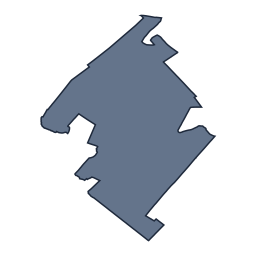 Tamadau Mare, Calarasi, Romania (Natural Earth projection)
{"feature_id": "2599482B39728516719627", "entity_name": "Tamadau Mare", "entity_type": "district", "adm_level": 2, "iso_a3": "ROU", "parent_name": "Romania", "parent_adm1": "Calarasi", "projection": "natural_earth1", "projection_center": [26.573, 44.474], "detail": "fine", "context": "isolated", "style": "filled", "palette": "slate", "viewbox_px": 256, "rotation_deg": 0, "n_neighbors": 0, "source": "geoboundaries", "source_scale": "gbopen_adm2", "svg_char_len": 5285}
<svg xmlns="http://www.w3.org/2000/svg" viewBox="0 0 256 256"><path d="M158.3,35.6L158.1,35.6L157.7,35.3L157.4,35.1L157.2,35.1L156.8,35.2L154.0,36.7L152.5,37.6L152.3,37.7L150.9,39.6L150.6,40.0L150.6,40.5L151.3,41.2L154.3,44.7L153.7,44.9L151.7,45.1L146.8,44.8L146.2,44.6L145.7,44.4L143.2,43.1L142.4,42.2L142.2,41.9L141.8,41.7L142.0,41.3L143.1,39.5L143.9,38.1L144.8,36.9L146.0,35.7L148.6,32.4L150.1,30.7L151.8,29.3L153.3,28.2L157.5,24.4L158.4,23.2L159.0,22.5L160.4,21.3L160.8,20.4L161.1,19.1L161.5,17.9L158.0,17.5L156.1,17.3L155.4,17.4L154.3,17.3L153.4,17.1L151.2,16.7L150.1,16.5L145.9,15.8L143.4,15.5L141.1,15.4L140.8,15.5L141.1,15.6L141.6,16.0L141.9,16.4L142.5,17.0L143.4,18.0L142.3,19.1L138.3,22.9L135.7,25.4L130.1,30.2L109.5,47.9L100.1,55.3L92.0,61.6L88.0,64.6L87.6,64.9L89.3,67.0L84.4,70.6L71.8,79.9L70.5,81.3L67.7,84.9L65.9,87.2L60.2,94.4L55.8,99.9L55.0,100.9L53.9,102.2L53.7,102.5L52.7,103.6L52.4,104.0L51.8,104.7L51.6,105.1L51.2,105.5L50.5,106.4L50.1,106.8L48.9,108.3L48.6,108.9L47.9,109.6L47.3,109.4L46.6,110.5L45.6,112.4L44.1,114.9L43.5,116.0L43.1,116.8L42.1,116.7L41.9,116.9L41.6,117.1L41.5,117.3L41.3,117.5L41.2,117.8L41.2,118.0L41.3,118.1L41.3,118.3L41.2,118.5L41.1,118.8L41.1,119.0L41.1,119.6L41.1,120.0L41.1,120.3L41.2,120.7L41.2,121.0L41.1,121.5L41.2,121.8L41.2,122.0L41.3,122.4L41.4,122.5L41.5,122.6L41.5,122.8L41.5,123.0L41.3,123.3L41.3,123.5L41.2,124.0L41.3,124.3L41.4,124.5L41.6,124.7L41.7,125.0L41.8,125.1L41.9,125.3L42.1,125.8L42.1,126.0L42.4,126.3L42.5,126.4L42.6,126.5L42.8,126.7L43.1,126.9L43.4,127.2L43.8,127.5L44.0,127.8L44.3,127.9L44.4,128.1L44.5,128.1L44.8,128.1L45.0,128.1L45.3,128.3L45.7,128.4L45.8,128.5L46.0,128.6L46.3,128.7L46.5,128.7L46.6,128.8L47.0,129.0L47.3,129.1L47.6,129.1L47.9,129.2L48.2,129.4L48.4,129.6L48.8,129.7L49.1,129.8L49.3,129.8L49.6,129.9L49.8,130.0L50.1,130.0L50.3,130.2L50.6,130.4L51.0,130.5L51.1,130.8L51.4,130.9L51.5,130.9L51.8,130.8L52.0,130.8L52.4,131.1L52.5,131.2L52.8,131.3L53.3,131.5L53.7,131.8L54.2,132.1L54.9,132.3L55.2,132.4L55.8,132.4L56.1,132.3L56.6,131.5L58.8,132.6L61.5,133.0L62.2,133.0L63.1,132.9L64.4,132.5L65.3,132.3L65.9,132.3L66.1,132.3L66.5,132.6L67.3,133.2L67.7,133.5L68.6,132.0L68.8,131.7L68.9,131.3L69.1,130.7L69.3,129.9L69.5,129.0L69.5,128.3L69.5,128.0L69.5,127.4L69.3,127.1L68.9,126.9L68.3,126.7L67.9,126.4L67.8,126.2L68.3,125.4L72.4,120.8L73.7,119.3L75.1,117.9L76.0,116.9L76.7,116.1L77.2,115.5L77.5,115.2L78.8,113.8L82.0,116.0L87.7,119.8L95.4,124.7L87.6,142.9L90.1,143.8L95.7,145.6L96.4,145.9L97.1,146.2L97.7,146.7L97.4,147.3L97.2,147.7L96.6,148.4L96.3,148.9L96.5,149.0L96.8,149.5L96.6,150.3L96.5,150.7L96.5,150.9L96.5,151.1L97.1,151.7L97.3,152.3L95.7,154.8L95.1,155.5L94.2,156.2L93.6,156.6L92.8,157.1L91.0,157.7L90.0,157.9L89.1,158.0L87.0,160.3L86.1,161.3L85.3,162.2L83.8,163.8L83.2,164.5L82.1,165.8L81.0,167.2L80.2,168.1L78.9,169.7L78.4,170.3L75.2,173.6L75.0,173.9L75.0,174.1L75.0,174.3L75.2,174.6L75.8,175.4L76.6,175.5L78.1,176.5L78.7,176.8L79.3,177.4L79.5,177.7L79.5,177.8L79.6,178.0L79.6,178.7L80.0,178.8L81.4,179.1L82.5,179.3L83.6,179.7L84.7,180.3L85.4,179.6L86.7,178.7L87.2,179.3L87.3,179.4L88.0,179.0L88.7,178.7L89.3,178.4L89.5,178.3L90.1,178.1L90.6,177.9L90.9,177.7L91.3,177.5L91.8,177.1L92.4,177.3L93.2,177.5L94.0,177.8L96.0,178.8L99.8,180.6L98.7,181.6L95.6,184.6L91.3,188.7L88.1,191.4L88.2,192.2L88.2,192.3L88.3,192.6L88.3,193.3L88.4,193.5L88.7,193.7L89.4,194.4L89.6,194.6L91.0,196.2L91.8,196.7L92.7,197.3L93.5,197.7L93.7,197.8L93.8,197.8L102.9,204.9L106.0,207.3L109.1,209.8L115.9,215.1L133.4,228.8L141.6,235.2L144.0,237.1L147.9,240.2L148.6,240.6L149.2,240.0L149.4,239.8L150.2,238.9L154.4,234.7L155.1,233.9L155.5,233.5L156.3,232.7L161.5,227.4L163.9,225.0L156.1,219.0L154.2,220.9L145.6,215.8L150.0,210.2L150.6,209.5L151.8,208.1L154.6,204.7L155.7,203.6L162.9,195.0L164.2,193.5L165.2,192.4L166.4,191.1L167.1,190.2L168.3,188.8L169.5,187.5L170.8,186.0L172.6,184.2L174.5,182.4L177.6,178.9L182.3,173.4L184.3,171.2L189.0,165.8L192.4,161.7L195.9,157.6L196.0,157.7L196.3,157.2L198.4,154.8L201.3,151.6L204.0,148.6L208.0,144.0L210.1,141.6L211.6,140.0L214.9,136.2L213.5,135.9L212.2,135.3L210.5,134.5L209.7,134.0L209.3,133.6L207.5,131.5L206.5,130.4L206.2,130.0L206.1,129.8L206.0,129.6L206.0,129.1L206.0,128.9L205.6,128.2L205.4,128.1L204.9,127.8L204.6,127.5L203.4,126.9L203.2,126.5L202.9,126.2L202.4,126.0L201.0,126.0L199.5,125.8L198.4,126.0L197.5,126.7L196.8,127.1L195.9,127.5L194.0,128.4L193.4,128.7L192.8,129.0L192.1,129.3L191.3,129.6L190.9,129.7L190.1,129.9L189.2,130.0L186.9,130.5L184.7,131.1L183.0,131.6L181.9,132.1L180.6,132.5L179.9,132.6L179.0,132.4L178.3,131.8L178.0,131.0L178.0,130.3L178.1,130.0L180.1,126.3L181.1,124.7L181.5,123.8L182.2,122.4L182.6,121.7L183.8,119.6L185.6,116.3L186.3,114.9L187.3,113.1L188.4,111.1L189.2,109.5L190.1,108.0L190.4,107.6L190.5,107.5L190.7,107.4L192.4,107.2L196.3,107.1L201.5,107.1L201.0,106.4L196.1,99.8L194.3,97.4L196.2,96.3L196.0,96.1L195.1,95.3L194.1,94.1L192.1,92.1L191.2,91.3L190.1,90.1L186.3,86.0L183.6,83.1L179.4,78.7L178.5,77.7L176.3,75.5L175.4,74.5L172.8,71.8L170.5,69.4L167.6,66.3L164.4,63.1L163.7,62.3L163.4,62.0L163.5,61.9L167.6,59.2L173.1,55.5L177.6,52.5L177.6,52.2L175.8,51.0L170.8,47.4L167.8,45.0L166.2,43.5L164.6,41.6L162.2,39.1L161.6,38.2L161.0,37.6L160.6,37.1L159.4,36.3L158.9,35.9L158.3,35.6Z" fill="#64748b" stroke="#1e293b" stroke-width="1.5"/></svg>